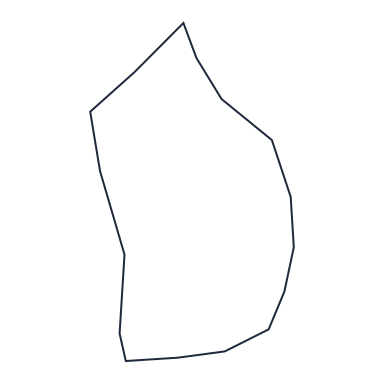 Maratha, Cyprus
{"feature_id": "46923920B5435388082406", "entity_name": "Maratha", "entity_type": "district", "adm_level": 2, "iso_a3": "CYP", "parent_name": "Cyprus", "parent_adm1": "", "projection": "orthographic", "projection_center": [33.779, 35.208], "detail": "fine", "context": "isolated", "style": "outline", "palette": "slate", "viewbox_px": 384, "rotation_deg": 0, "n_neighbors": 0, "source": "geoboundaries", "source_scale": "gbopen_adm2", "svg_char_len": 326}
<svg xmlns="http://www.w3.org/2000/svg" viewBox="0 0 384 384"><path d="M125.8,361.0L177.7,357.7L224.8,351.4L268.7,329.3L284.4,291.5L293.8,247.3L290.7,196.9L271.9,140.1L221.6,99.1L196.5,58.1L183.4,23.0L134.3,72.3L90.2,111.7L100.0,170.9L124.5,254.6L119.6,333.5L125.8,361.0Z" fill="none" stroke="#1e293b" stroke-width="2"/></svg>